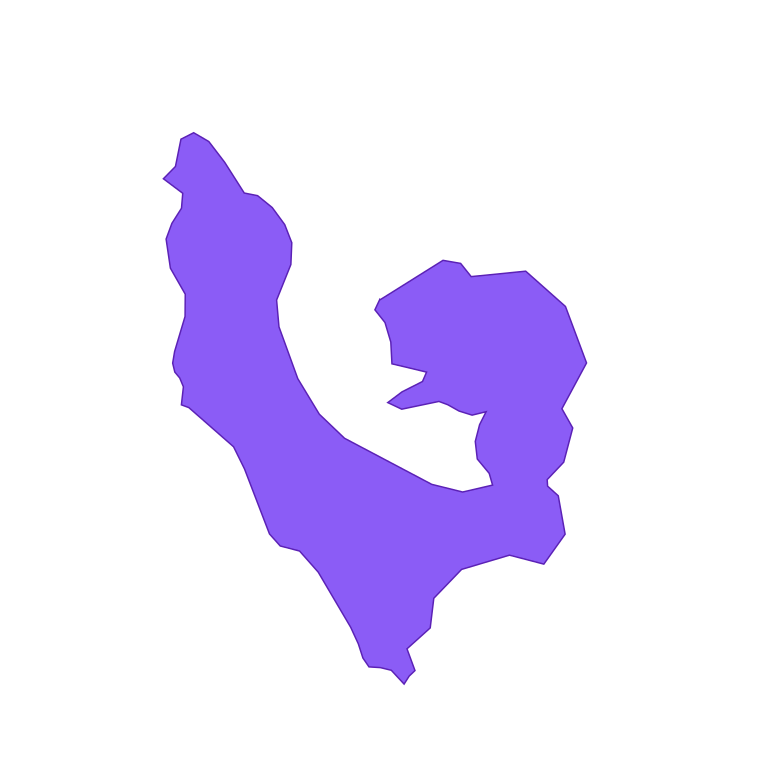 the District of Ards, rotated 164°
{"feature_id": "GBR-2137", "entity_name": "Ards", "entity_type": "District", "adm_level": 1, "iso_a3": "GBR", "parent_name": "United Kingdom", "parent_adm1": "", "projection": "mercator", "projection_center": [-5.598, 54.505], "detail": "fine", "context": "isolated", "style": "filled", "palette": "violet", "viewbox_px": 768, "rotation_deg": 164, "n_neighbors": 0, "source": "natural_earth", "source_scale": "10m", "svg_char_len": 1236}
<svg xmlns="http://www.w3.org/2000/svg" viewBox="0 0 768 768"><g transform="rotate(164 384 384)"><path d="M447.4,90.0L455.9,106.8L465.7,112.4L476.4,116.2L479.8,126.4L480.3,141.3L483.1,159.4L499.1,221.3L511.2,246.7L528.4,256.9L535.4,271.4L541.5,340.8L545.9,365.1L578.1,415.1L584.5,419.8L577.6,436.6L578.7,446.1L581.8,453.1L581.4,462.3L576.3,473.0L556.6,503.8L550.3,525.1L557.4,554.2L553.5,583.4L543.6,596.9L530.2,608.8L524.9,622.8L539.5,642.1L524.5,650.6L511.7,675.3L497.7,678.0L485.6,665.4L476.0,640.9L465.7,606.1L453.6,599.9L442.8,584.4L435.5,564.6L433.7,545.2L440.6,524.5L464.1,494.3L469.2,467.9L465.4,412.9L454.5,372.8L436.9,342.7L365.8,274.4L338.2,258.5L307.5,256.9L307.5,269.1L315.0,286.2L312.1,303.6L303.3,318.6L293.5,329.2L307.9,329.8L319.3,337.3L328.4,346.5L336.0,352.1L373.9,354.9L385.5,365.1L368.8,371.5L346.3,375.8L339.8,383.7L370.8,401.2L365.9,422.4L366.1,442.8L372.3,457.8L364.8,466.4L364.7,466.0L293.2,486.6L277.1,478.8L270.6,463.2L216.7,453.4L188.2,408.5L183.5,348.4L219.8,311.2L214.7,289.7L232.8,259.3L253.5,247.1L254.9,240.7L247.3,228.5L251.3,189.7L280.0,166.8L310.6,184.9L360.5,184.4L395.2,164.3L406.8,136.8L434.9,123.1L433.2,100.0L440.3,96.3L447.4,90.0Z" fill="#8b5cf6" stroke="#5b21b6" stroke-width="1.5"/></g></svg>